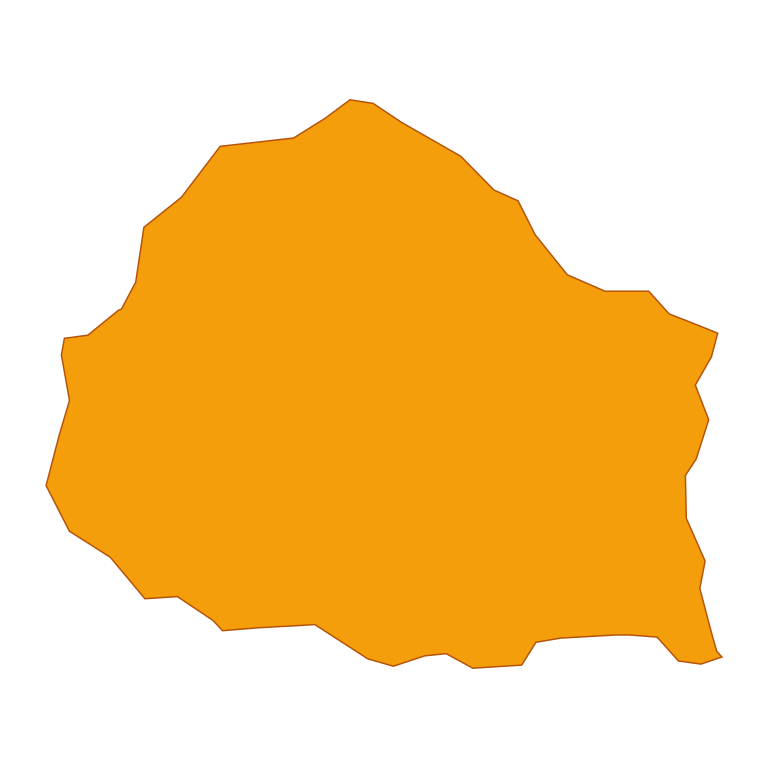 outline of Kato Kivides, Limassol, Cyprus
{"feature_id": "46923920B9488855208630", "entity_name": "Kato Kivides", "entity_type": "district", "adm_level": 2, "iso_a3": "CYP", "parent_name": "Cyprus", "parent_adm1": "Limassol", "projection": "natural_earth1", "projection_center": [32.873, 34.766], "detail": "fine", "context": "isolated", "style": "filled", "palette": "amber", "viewbox_px": 768, "rotation_deg": 0, "n_neighbors": 0, "source": "geoboundaries", "source_scale": "gbopen_adm2", "svg_char_len": 843}
<svg xmlns="http://www.w3.org/2000/svg" viewBox="0 0 768 768"><path d="M350.0,99.8L325.1,118.3L293.6,138.0L220.2,146.3L181.5,197.2L143.9,227.3L135.7,282.2L121.4,309.2L118.4,310.3L87.8,335.2L64.4,338.3L61.4,354.9L69.5,400.5L59.3,434.8L46.1,485.6L69.5,531.3L110.2,557.2L144.9,598.7L177.4,596.6L213.1,620.5L222.5,630.7L257.9,627.8L314.9,624.6L367.9,658.9L393.4,666.2L424.9,655.8L446.3,653.7L472.8,668.2L521.7,665.1L535.9,642.3L560.4,638.1L615.4,635.0L629.6,635.0L657.1,637.1L678.5,661.0L700.9,664.1L721.9,657.0L716.8,651.4L712.3,635.9L699.8,588.5L705.1,561.1L686.3,518.3L685.4,475.4L696.2,459.0L708.7,419.8L695.3,385.1L711.4,356.9L717.7,333.2L692.6,323.1L669.3,314.0L648.7,291.2L604.9,291.2L567.3,274.8L535.1,234.7L518.1,200.9L493.9,190.0L460.8,156.3L401.7,122.5L373.1,103.4L350.0,99.8Z" fill="#f59e0b" stroke="#b45309" stroke-width="1.5"/></svg>